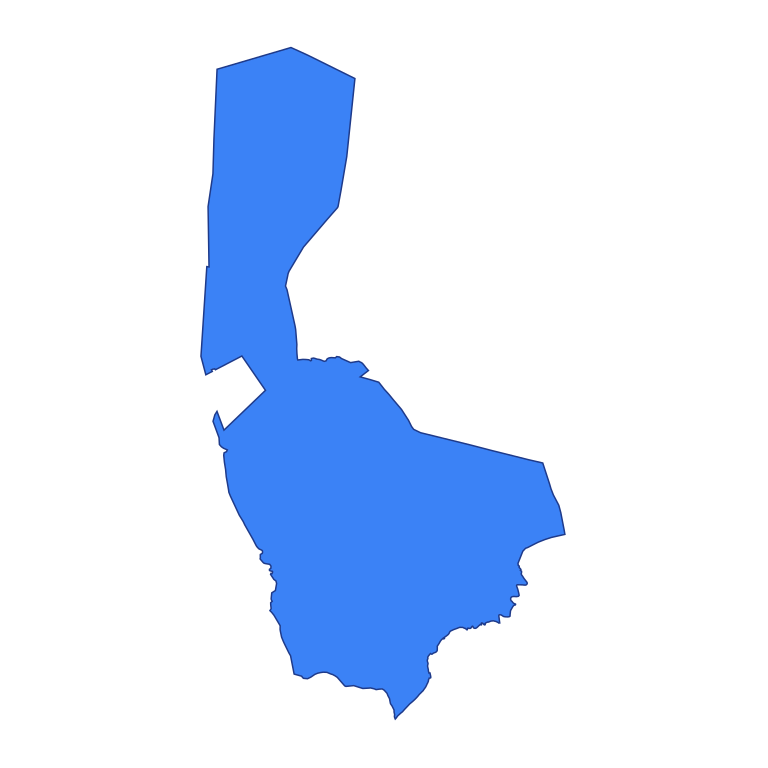 the district of San Antonio, San Luis Potosí, Mexico, rotated 271°
{"feature_id": "50627088B33273723403959", "entity_name": "San Antonio", "entity_type": "district", "adm_level": 2, "iso_a3": "MEX", "parent_name": "Mexico", "parent_adm1": "San Luis Potosí", "projection": "natural_earth1", "projection_center": [-98.884, 21.619], "detail": "fine", "context": "isolated", "style": "filled", "palette": "blue", "viewbox_px": 768, "rotation_deg": 271, "n_neighbors": 0, "source": "geoboundaries", "source_scale": "gbopen_adm2", "svg_char_len": 6072}
<svg xmlns="http://www.w3.org/2000/svg" viewBox="0 0 768 768"><g transform="rotate(271 384 384)"><path d="M711.4,302.1L718.8,285.1L695.8,211.6L626.4,209.7L591.2,209.3L558.3,205.0L498.0,207.0L498.3,204.8L408.5,200.5L390.1,205.7L393.6,212.1L395.2,211.2L395.9,212.8L396.0,214.0L396.2,214.5L395.3,215.2L409.5,241.4L375.6,265.6L335.1,224.8L353.7,217.5L350.2,215.4L343.7,213.7L327.4,220.0L320.6,220.5L318.4,222.5L316.9,224.8L315.4,228.5L313.6,227.7L312.4,225.3L309.9,225.0L303.0,225.8L295.8,227.1L288.5,227.9L281.4,229.3L275.5,230.4L273.0,230.8L269.4,232.3L250.3,241.6L243.9,245.7L240.8,247.2L226.4,255.7L220.4,258.9L219.6,259.4L218.8,260.0L218.0,260.8L217.3,261.4L216.9,262.0L216.3,263.3L215.9,264.2L215.6,264.8L215.2,265.3L214.5,265.4L213.7,265.5L212.8,265.3L212.6,265.3L211.6,263.7L211.5,263.4L211.3,263.3L210.6,263.3L208.2,263.4L207.2,263.2L206.9,263.2L205.5,264.4L203.4,266.3L202.7,267.2L202.4,268.4L201.7,272.9L199.9,274.2L197.8,274.1L196.7,272.7L195.5,272.8L195.0,274.2L194.8,275.6L194.2,275.9L193.3,275.7L192.4,275.3L192.7,274.3L191.7,273.9L186.7,277.3L185.2,279.4L182.7,280.1L175.6,279.0L174.5,277.3L173.2,275.4L169.7,275.1L167.1,274.9L165.9,275.3L164.8,276.0L164.0,275.2L163.3,274.5L161.2,274.6L157.4,275.1L155.4,273.9L153.9,275.5L150.9,278.0L140.5,284.4L136.7,284.4L135.0,284.7L129.2,286.0L125.2,287.7L123.3,288.6L121.5,289.5L113.5,293.6L110.7,295.3L92.4,299.2L90.4,306.8L89.1,307.7L88.3,308.7L88.0,312.7L89.6,315.9L92.5,320.0L93.7,322.8L94.4,325.8L94.8,328.4L94.7,332.0L93.8,334.2L93.1,336.0L92.6,337.8L92.1,338.7L91.4,340.1L89.9,342.4L82.0,349.5L81.2,350.4L81.0,351.3L81.9,359.0L79.2,368.1L79.7,374.6L79.9,375.7L79.0,379.7L78.3,381.4L78.8,384.5L79.0,386.6L79.0,387.7L77.9,389.5L74.8,392.4L72.4,393.4L69.5,395.0L65.1,395.9L64.4,396.1L62.3,397.6L58.3,399.7L56.1,399.8L53.6,400.4L51.9,400.2L50.8,400.4L49.2,401.1L50.2,402.0L52.4,403.5L53.9,405.1L55.3,406.6L56.6,408.2L59.1,410.3L61.7,412.7L64.5,415.2L67.1,418.2L69.1,420.3L70.9,422.0L72.4,423.3L74.5,424.9L75.2,425.7L76.6,427.0L77.3,427.7L77.7,428.1L78.2,428.6L79.0,429.0L79.8,429.6L80.8,430.3L81.5,430.8L82.3,431.2L82.7,431.4L83.8,431.9L84.8,432.3L85.7,432.8L86.7,433.2L87.5,433.5L88.0,433.6L88.4,433.6L88.8,433.7L89.3,433.7L89.5,433.9L90.2,434.2L90.7,434.3L90.8,435.2L91.1,435.8L91.8,435.9L93.5,435.6L95.9,435.0L95.9,433.9L96.4,433.9L97.7,433.4L99.1,433.3L100.8,432.9L102.1,432.6L102.6,432.5L103.0,432.5L103.7,432.6L104.6,432.8L105.3,432.9L105.8,432.8L106.8,432.4L107.6,432.2L108.6,432.1L109.1,432.2L109.7,432.5L110.5,432.7L111.6,432.5L112.4,432.9L113.3,433.5L114.1,434.2L114.8,434.7L115.3,435.3L115.0,435.6L114.7,436.3L114.8,436.9L115.4,437.6L115.8,438.1L116.6,440.2L117.0,440.8L117.9,441.6L118.4,441.8L119.5,441.9L121.0,441.9L122.3,441.9L122.8,441.8L123.6,442.4L125.9,443.8L127.6,444.7L128.9,445.6L129.3,446.0L130.1,446.8L130.7,447.4L130.2,447.9L130.3,448.5L130.7,448.9L131.5,448.5L132.6,450.0L133.2,450.8L134.0,451.8L134.7,452.6L135.6,453.3L136.4,453.7L137.0,453.9L137.6,454.3L138.1,454.8L138.5,455.6L139.7,458.0L140.1,459.1L141.1,461.7L141.7,463.1L141.9,463.6L142.0,464.1L142.0,465.1L142.0,467.0L141.5,468.0L141.1,468.9L141.2,469.2L140.9,469.8L140.7,470.0L140.4,470.3L139.9,470.8L139.7,471.1L139.7,471.5L139.9,471.6L140.2,471.7L140.9,471.9L141.2,471.9L141.2,472.0L141.3,472.5L141.1,474.3L141.2,474.5L141.3,474.9L141.6,475.2L141.8,475.4L142.3,475.6L142.8,476.0L143.2,476.3L143.3,476.5L143.4,476.8L143.3,477.0L142.8,477.2L142.3,477.5L141.8,477.8L141.4,478.4L141.3,479.0L141.3,479.4L141.3,479.8L141.5,480.3L142.3,481.4L143.2,482.3L144.2,483.3L144.8,484.0L145.1,484.3L145.2,484.8L145.0,485.0L144.8,485.2L144.8,485.5L145.0,485.7L145.6,485.6L145.9,485.4L146.0,485.5L146.4,485.5L146.7,485.6L146.8,485.8L146.8,486.0L146.6,486.7L146.3,487.2L146.0,487.3L145.4,487.9L145.0,488.5L144.9,488.9L145.0,489.2L145.4,489.4L145.7,489.4L145.9,489.2L146.3,489.2L146.6,489.7L147.0,490.1L147.4,490.9L147.7,491.5L147.8,492.7L148.3,493.9L148.7,494.7L148.9,495.5L148.9,496.2L149.1,497.0L149.1,497.6L148.8,498.7L148.5,500.2L147.9,501.4L147.5,502.3L147.0,502.9L147.1,503.9L149.6,503.5L151.9,503.2L154.3,502.8L155.1,503.1L155.3,503.7L155.2,505.0L154.4,506.4L153.7,507.4L153.4,508.8L153.3,510.2L153.3,511.8L153.5,513.2L154.0,514.0L155.0,514.1L155.9,514.1L157.7,514.3L159.1,514.4L160.3,514.8L161.3,515.4L163.0,516.3L164.0,516.9L164.9,517.7L165.3,518.6L165.4,519.2L165.8,519.4L166.3,519.3L166.6,518.2L167.7,516.6L168.8,515.9L169.4,515.0L170.7,514.4L171.9,514.4L172.9,514.8L173.5,515.6L173.8,517.0L173.8,518.4L173.7,519.9L173.9,521.3L174.1,522.1L174.6,522.5L175.0,522.8L175.7,522.7L177.5,522.3L180.1,521.6L181.2,521.3L182.5,520.8L184.4,520.1L184.8,520.1L185.3,520.3L185.5,520.6L185.6,521.1L185.6,523.6L185.6,525.6L185.4,527.7L185.4,528.9L185.5,529.3L185.7,529.8L186.2,530.3L186.8,530.6L187.5,530.7L188.7,530.1L189.5,529.4L192.1,527.3L194.0,526.1L195.4,525.0L196.6,524.5L197.0,524.6L197.5,524.8L198.6,524.8L199.2,524.8L199.9,523.8L200.1,523.6L200.5,523.9L200.7,524.1L201.0,524.1L201.4,523.8L201.7,523.5L202.1,523.2L202.8,522.4L204.3,522.4L205.0,521.4L207.0,521.1L219.2,525.7L222.2,528.4L223.0,530.5L227.0,538.0L228.6,541.1L231.3,547.6L233.5,554.0L235.3,561.4L236.8,567.5L241.0,566.7L258.5,563.0L265.8,560.9L276.0,555.3L282.1,552.8L286.9,551.3L307.8,544.1L310.9,529.5L318.0,498.9L319.2,493.6L324.3,472.5L335.9,421.6L336.2,420.8L339.2,414.4L342.0,412.3L348.0,409.2L358.8,402.0L368.6,393.4L373.7,389.1L378.7,384.4L383.4,380.6L385.7,378.7L388.2,369.9L390.7,360.1L397.2,368.2L399.7,365.9L403.3,363.0L404.5,361.8L405.0,361.1L405.5,359.9L406.3,358.4L404.8,350.2L408.7,341.1L410.2,339.1L410.6,336.2L409.3,334.9L409.4,332.8L409.5,330.8L409.2,329.0L409.0,328.3L408.2,326.8L406.6,325.9L406.1,325.6L405.6,323.8L406.9,320.6L407.4,319.0L407.7,316.6L408.4,314.5L408.7,313.0L408.2,310.9L406.3,311.0L405.9,310.1L406.9,308.5L407.1,306.2L407.2,302.5L406.5,297.4L407.6,297.0L413.1,296.4L417.9,296.1L421.9,296.2L437.1,294.7L440.7,294.0L476.5,285.4L477.7,284.9L480.2,283.8L489.9,285.7L492.7,286.2L495.1,287.1L519.5,301.1L547.9,324.6L559.6,334.5L560.8,335.0L576.6,337.6L610.7,342.8L688.9,349.6L711.4,302.1Z" fill="#3b82f6" stroke="#1e3a8a" stroke-width="1.5"/></g></svg>